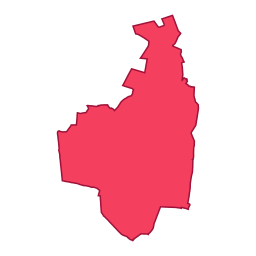 Renswoude, Utrecht, Netherlands
{"feature_id": "6326949B98381179699630", "entity_name": "Renswoude", "entity_type": "district", "adm_level": 2, "iso_a3": "NLD", "parent_name": "Netherlands", "parent_adm1": "Utrecht", "projection": "mercator", "projection_center": [5.531, 52.072], "detail": "fine", "context": "isolated", "style": "filled", "palette": "rose", "viewbox_px": 256, "rotation_deg": 0, "n_neighbors": 0, "source": "geoboundaries", "source_scale": "gbopen_adm2", "svg_char_len": 5505}
<svg xmlns="http://www.w3.org/2000/svg" viewBox="0 0 256 256"><path d="M133.0,26.1L135.7,33.9L137.4,34.2L137.9,34.3L138.1,34.4L138.7,34.7L142.2,36.7L147.8,40.4L148.1,40.7L149.0,41.4L148.5,45.2L148.5,45.4L148.4,45.9L148.3,46.1L145.8,50.0L141.6,56.5L140.4,58.2L147.2,58.9L146.7,61.6L145.0,71.3L144.7,72.7L131.6,68.8L130.6,70.8L130.4,71.0L128.3,74.9L127.5,76.4L124.0,83.2L122.7,85.5L125.4,86.4L130.4,88.0L132.0,88.5L132.5,88.8L133.6,89.9L133.1,90.6L132.9,91.1L132.8,91.5L132.6,92.9L132.5,93.4L132.5,93.7L132.4,94.0L132.2,94.4L131.5,95.3L131.3,95.6L130.8,96.0L129.9,96.2L128.7,96.5L127.2,97.3L126.7,97.8L126.1,98.3L125.2,98.5L123.3,99.9L121.1,101.9L118.3,106.3L117.4,107.5L116.4,108.6L114.4,110.6L114.1,110.2L113.8,109.7L113.5,109.4L113.3,109.2L112.9,108.9L111.8,108.3L111.5,108.1L111.4,108.1L111.1,108.5L110.1,108.0L109.5,108.0L109.1,107.3L109.0,107.1L108.8,106.7L108.5,106.3L107.9,105.8L107.9,105.6L107.7,105.5L107.6,105.2L107.6,104.9L104.1,104.9L102.3,105.0L101.2,105.0L99.9,105.3L99.2,105.5L98.8,105.6L98.6,105.6L98.6,106.0L98.1,105.9L98.0,105.7L97.6,106.0L97.1,106.3L96.5,106.5L96.1,106.5L95.2,106.3L94.4,106.3L92.3,105.9L91.4,105.8L91.1,105.9L90.8,105.9L87.6,105.5L87.1,105.7L87.8,106.7L88.4,108.0L88.5,108.2L88.5,108.5L88.5,108.9L88.4,109.1L88.2,109.3L88.1,109.5L87.3,110.4L86.9,111.2L86.1,112.6L85.2,112.6L82.8,113.0L80.4,113.5L79.5,113.3L77.4,112.8L77.3,113.5L77.0,118.7L76.8,120.3L76.5,123.7L76.4,124.9L71.2,125.0L71.0,125.5L70.6,126.2L70.3,126.6L69.7,127.5L69.4,127.8L66.5,131.8L62.7,131.9L62.3,131.9L61.6,131.8L60.8,131.6L59.7,131.2L58.7,130.7L58.8,130.8L58.6,130.9L57.7,131.7L57.5,132.9L57.5,133.6L57.9,136.4L58.0,136.9L58.0,137.7L58.3,139.8L58.4,140.9L58.7,143.3L58.9,145.8L59.1,148.2L59.1,148.6L59.1,148.8L58.8,150.1L58.8,150.3L59.3,152.3L59.7,154.3L59.8,154.9L59.8,156.0L59.9,156.9L59.9,157.9L60.1,158.9L60.3,160.7L60.5,162.9L60.7,164.9L61.0,167.3L61.1,168.6L61.4,171.1L61.7,174.4L62.2,179.0L62.3,180.7L64.3,181.1L65.0,181.4L65.3,181.4L68.6,181.9L69.6,182.1L72.0,182.7L72.6,182.6L72.8,182.7L74.8,183.1L76.8,183.4L79.0,184.1L79.6,184.4L80.0,184.5L80.5,184.7L81.6,184.9L82.3,185.1L82.7,185.3L82.9,185.4L83.1,185.5L83.6,185.5L85.1,185.7L86.6,185.8L87.6,186.1L88.3,186.2L91.8,187.3L92.3,187.3L93.5,187.2L94.1,187.2L95.2,187.7L96.0,187.9L96.5,188.0L97.9,189.0L98.3,189.3L98.7,189.7L98.9,189.9L99.7,190.4L98.3,195.7L100.2,195.8L100.2,196.0L100.4,198.0L100.4,199.0L100.5,200.0L100.6,201.5L100.7,202.3L100.7,203.0L100.8,205.2L100.9,206.3L101.3,211.5L101.3,212.3L102.2,213.6L103.5,215.4L103.5,215.5L103.4,215.8L104.0,216.2L104.5,216.6L106.3,218.4L108.4,220.5L108.8,221.0L109.5,221.8L112.0,224.4L113.0,225.4L113.4,225.9L117.3,230.0L118.1,230.9L121.4,234.2L122.2,234.7L123.1,235.2L124.7,235.8L126.7,236.4L127.0,236.7L127.0,236.8L128.0,237.6L128.5,238.0L128.4,238.1L129.5,239.0L130.0,239.4L130.6,239.7L131.5,239.9L132.2,240.3L132.8,240.6L133.6,239.6L133.2,239.4L133.3,239.2L134.0,238.9L141.1,233.8L141.7,233.9L145.4,234.0L147.2,234.0L148.3,234.5L148.8,233.4L149.3,233.1L149.7,232.8L150.1,232.4L152.3,229.7L152.7,229.0L153.0,228.5L153.1,228.1L153.3,227.6L153.5,226.9L154.1,223.2L154.4,222.8L160.5,206.8L169.5,207.2L175.3,207.4L177.7,207.7L180.6,208.1L181.2,208.3L181.3,207.4L182.3,207.6L186.4,208.6L186.6,208.7L188.3,209.3L188.4,208.7L188.3,208.3L188.5,207.8L189.8,205.2L189.9,204.8L189.9,204.7L189.7,204.2L189.4,204.0L189.2,203.9L187.7,203.4L187.9,202.5L188.9,197.1L189.2,194.9L189.4,193.2L189.8,190.9L189.9,189.8L190.1,188.4L190.2,187.3L190.2,185.5L190.3,183.5L191.0,178.5L191.5,175.9L191.6,175.4L191.7,174.7L191.9,174.2L192.0,173.8L192.1,173.3L192.4,172.1L192.6,168.8L192.7,167.5L192.9,159.6L192.7,159.5L192.9,159.4L193.2,159.2L193.3,158.4L193.5,157.3L193.6,155.4L193.6,154.3L193.5,154.0L193.6,151.4L193.6,150.4L193.7,148.8L193.7,148.0L193.9,146.8L194.1,146.1L194.3,145.5L194.3,144.9L194.3,143.8L194.3,143.5L194.4,141.6L194.4,141.2L192.6,136.8L192.1,135.7L191.7,134.5L191.1,133.0L191.1,132.8L192.1,131.1L194.4,127.5L195.8,125.2L196.6,120.1L196.9,118.5L197.2,116.5L198.0,111.4L198.5,108.1L198.5,107.9L198.4,107.6L198.4,107.4L198.3,105.7L198.3,105.0L198.2,104.8L198.1,104.6L197.5,103.9L196.6,102.9L196.3,102.6L195.7,102.3L195.6,102.0L195.4,101.6L195.1,100.2L195.0,99.7L194.7,98.6L194.5,98.2L194.3,97.4L194.1,96.4L194.0,95.6L194.0,93.8L194.1,92.4L194.1,91.6L194.2,90.8L194.2,89.9L194.4,87.2L193.8,86.9L193.2,87.0L192.7,87.0L191.9,86.7L191.5,86.7L190.9,87.0L190.5,86.8L190.2,86.5L190.1,86.3L190.0,86.2L189.9,86.1L189.4,86.1L189.0,86.0L188.7,85.9L188.5,85.7L188.3,85.3L187.9,85.0L187.6,84.8L187.5,84.5L187.1,84.3L186.6,84.1L185.8,83.5L187.2,81.6L187.3,81.4L187.4,81.2L187.3,80.9L187.2,80.8L186.6,80.2L186.9,79.4L187.0,79.3L186.9,79.2L186.8,78.9L186.7,78.8L185.5,79.0L184.8,78.2L184.6,78.1L184.3,77.9L184.1,77.9L183.9,77.9L183.8,78.0L182.5,79.9L182.2,80.2L182.1,79.8L182.7,75.6L182.8,75.4L182.8,74.9L182.8,74.6L182.3,67.2L181.7,63.8L181.7,62.9L183.0,62.1L183.9,62.2L184.1,62.1L184.1,61.8L183.7,61.3L183.0,59.7L182.7,58.9L182.0,57.3L181.6,56.8L181.2,56.5L181.1,56.2L180.7,54.5L180.6,54.1L180.5,53.7L180.7,53.2L180.9,52.8L181.1,52.5L181.2,52.3L181.3,52.0L181.3,51.6L181.2,50.6L181.1,50.3L181.1,50.0L181.1,49.6L180.0,49.2L173.0,46.2L172.7,45.4L173.7,44.7L174.2,44.3L175.1,43.3L175.6,42.4L176.4,40.7L178.0,36.9L179.4,35.2L180.4,33.9L180.7,33.4L178.6,31.1L178.3,30.8L178.2,30.6L178.0,30.0L177.6,29.1L175.1,22.3L172.9,16.4L172.5,15.4L161.9,18.9L164.2,24.2L164.0,25.5L159.2,27.2L158.2,26.9L154.0,21.1L151.3,21.7L149.5,22.2L148.5,22.4L145.5,23.1L133.0,26.1Z" fill="#f43f5e" stroke="#9f1239" stroke-width="1.5"/></svg>